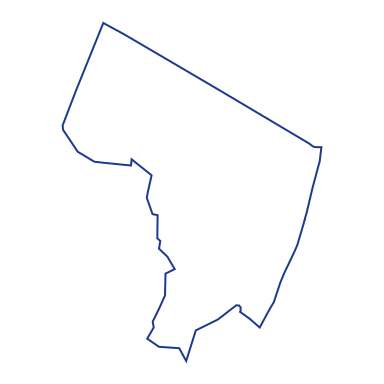 outline of Bergen, New Jersey, United States of America
{"feature_id": "52423323B23677933151668", "entity_name": "Bergen", "entity_type": "district", "adm_level": 2, "iso_a3": "USA", "parent_name": "United States of America", "parent_adm1": "New Jersey", "projection": "mercator", "projection_center": [-74.048, 40.948], "detail": "fine", "context": "isolated", "style": "outline", "palette": "blue", "viewbox_px": 384, "rotation_deg": 0, "n_neighbors": 0, "source": "geoboundaries", "source_scale": "gbopen_adm2", "svg_char_len": 931}
<svg xmlns="http://www.w3.org/2000/svg" viewBox="0 0 384 384"><path d="M147.2,338.7L159.0,346.8L179.2,348.2L186.2,361.0L195.8,330.4L217.7,319.6L236.3,305.3L239.1,305.5L240.7,307.5L240.5,308.5L240.7,310.4L240.1,311.9L249.7,318.8L259.7,327.5L268.3,311.6L269.1,310.2L270.5,307.7L273.9,302.0L280.2,282.9L284.1,273.4L291.1,258.7L294.3,251.9L297.3,245.1L303.7,223.4L304.6,219.7L305.0,219.6L305.1,217.9L306.6,213.0L312.3,188.8L313.9,182.8L318.0,167.5L319.7,161.3L321.4,147.2L315.4,147.1L313.8,146.8L312.4,146.0L309.1,143.5L276.8,124.3L220.4,90.8L185.0,70.0L182.1,68.3L123.2,33.8L114.3,29.0L103.3,23.0L76.5,89.3L62.6,125.5L63.1,129.9L77.8,151.8L94.3,161.7L102.9,162.7L131.0,165.5L131.6,159.3L151.6,175.3L147.9,191.8L146.8,197.8L152.5,214.1L157.6,215.2L157.3,238.3L160.3,241.0L159.0,248.7L167.4,256.7L174.7,269.1L165.5,273.6L165.0,295.5L159.2,308.4L152.7,321.6L153.7,327.5L147.2,338.7Z" fill="none" stroke="#1e3a8a" stroke-width="2"/></svg>